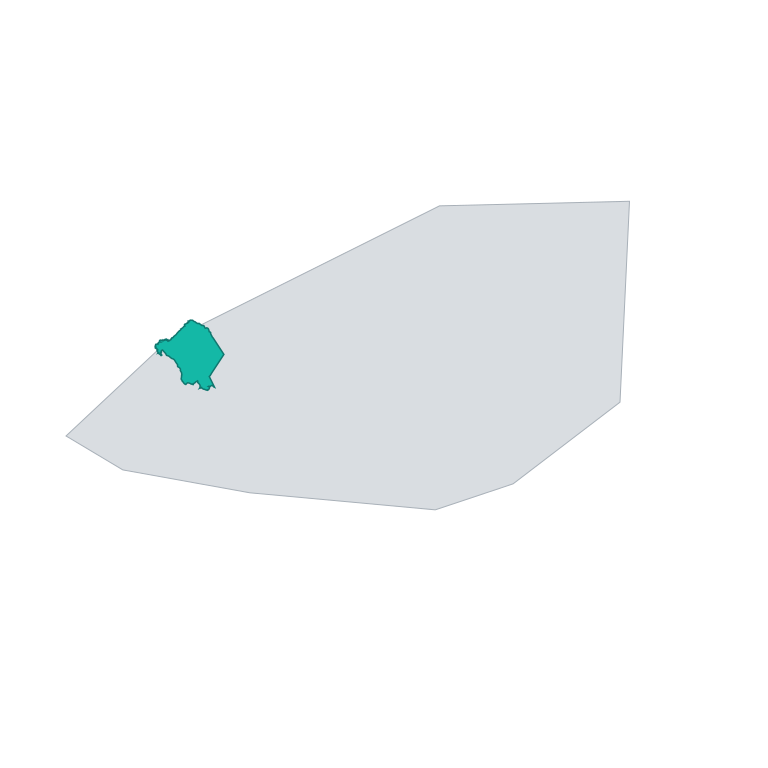 location of Des Barras, Dauphin, Saint Lucia, rotated 241°
{"feature_id": "8701671B86108661761319", "entity_name": "Des Barras", "entity_type": "district", "adm_level": 2, "iso_a3": "LCA", "parent_name": "Saint Lucia", "parent_adm1": "Dauphin", "projection": "mercator", "projection_center": [-60.902, 14.001], "detail": "fine", "context": "in_parent", "style": "filled", "palette": "teal", "viewbox_px": 768, "rotation_deg": 241, "n_neighbors": 0, "source": "geoboundaries", "source_scale": "gbopen_adm2", "svg_char_len": 5368}
<svg xmlns="http://www.w3.org/2000/svg" viewBox="0 0 768 768"><g transform="rotate(241 384 384)"><path d="M512.9,518.9L424.8,687.3L253.7,581.6L234.1,448.5L249.1,367.8L353.9,213.9L435.5,113.9L492.7,80.7L526.1,213.5L512.9,518.9Z" fill="#d9dde1" stroke="#a8b0b8" stroke-width="1"/><path d="M477.2,238.7L487.5,258.3L507.0,256.9L508.5,256.6L509.1,256.6L509.6,256.7L511.3,256.7L512.0,256.8L512.9,257.3L513.4,257.3L513.6,257.2L514.4,256.5L514.9,256.6L515.4,256.8L517.0,257.1L517.5,257.1L517.9,257.0L518.2,256.9L518.6,256.6L519.1,256.1L519.3,255.0L519.5,254.7L520.0,254.6L521.2,254.7L521.8,254.8L522.0,254.7L522.4,254.4L522.6,254.5L523.5,253.2L523.6,252.9L525.3,252.4L525.8,251.9L526.8,251.6L526.8,251.3L526.9,250.9L527.1,250.5L527.4,250.3L527.7,250.1L528.4,249.5L528.7,249.5L529.4,249.2L530.2,248.8L530.9,248.1L531.6,247.8L532.4,247.6L532.7,247.3L533.0,246.7L533.8,245.5L533.8,245.3L533.7,245.2L533.6,244.5L533.6,244.4L533.5,244.2L533.4,244.2L533.5,243.8L533.7,243.7L533.8,243.7L533.9,243.4L533.2,243.5L532.9,243.2L532.8,242.9L533.0,242.9L533.3,242.8L533.3,242.7L533.2,242.5L533.1,242.4L532.9,242.6L532.7,242.6L532.8,242.2L533.0,241.9L532.9,241.8L532.8,241.5L532.5,241.4L532.7,241.1L532.6,240.9L532.4,241.0L532.7,240.6L532.7,240.3L532.7,239.9L532.5,239.3L532.6,239.2L532.8,239.0L532.9,238.7L532.7,238.3L532.6,238.2L532.4,238.1L531.8,238.0L531.7,237.8L531.2,237.8L531.3,237.5L531.3,237.2L531.2,236.8L531.2,236.4L530.9,235.7L530.7,235.0L530.6,234.5L530.7,234.0L530.6,233.7L530.6,233.3L530.6,233.2L530.4,233.3L530.3,233.2L529.8,232.0L529.7,231.6L529.8,231.0L529.1,228.7L528.7,227.6L528.4,227.0L528.0,226.2L527.9,225.7L527.8,224.8L527.6,224.1L527.6,223.5L527.5,223.1L527.4,222.9L527.2,222.7L526.9,222.1L526.9,221.3L527.1,221.4L527.2,221.0L527.1,220.5L526.8,220.0L526.8,219.9L526.6,219.9L526.1,219.2L526.1,218.8L526.1,218.6L526.2,218.1L525.9,217.3L526.0,216.9L526.3,216.9L526.4,217.1L526.5,216.7L526.8,216.6L526.6,216.4L526.4,216.6L526.3,216.4L526.6,216.4L526.4,216.2L526.4,215.9L526.6,216.0L526.9,215.8L527.2,215.6L527.5,215.3L527.7,215.5L527.7,215.8L527.8,215.9L528.1,215.8L528.1,215.7L527.9,215.5L527.9,215.4L528.2,215.5L528.5,215.4L528.4,215.3L528.1,215.3L527.9,215.3L528.4,215.2L528.5,215.1L528.8,214.9L528.7,214.7L528.5,214.8L528.3,214.7L528.5,214.7L528.6,214.4L528.8,214.5L529.0,214.5L529.2,214.3L529.2,214.2L529.1,213.7L528.9,213.5L528.9,213.3L528.9,213.1L528.7,213.1L528.8,212.9L528.9,212.7L529.1,212.8L529.2,212.7L528.9,212.5L528.8,212.0L528.9,211.8L529.3,211.6L529.3,211.4L529.6,211.3L529.9,211.3L529.8,211.1L529.6,210.9L529.9,210.7L530.0,210.5L530.3,210.3L530.3,210.2L530.7,209.9L530.7,209.7L530.9,209.4L530.8,208.8L530.4,208.4L529.9,208.3L529.6,208.3L529.3,208.5L529.4,208.3L529.1,208.3L529.5,208.2L529.7,207.8L529.7,207.7L529.5,207.4L529.4,207.3L529.4,207.0L529.5,206.8L529.5,206.7L529.3,206.5L529.0,206.3L528.9,206.3L528.8,206.2L529.0,206.1L528.9,206.0L528.8,205.8L528.9,205.7L528.9,205.3L529.0,205.1L529.0,204.9L528.9,204.9L529.0,204.8L529.0,204.7L529.1,204.1L529.2,203.9L528.9,203.7L528.9,203.8L528.8,203.3L528.7,203.1L528.8,203.0L528.7,202.9L528.4,202.8L528.5,202.8L528.4,202.7L528.2,202.7L527.6,202.4L528.0,202.5L528.1,202.4L528.0,202.1L527.5,202.0L527.3,202.1L526.9,202.4L526.6,202.3L526.4,202.2L526.7,202.0L526.8,201.8L526.8,201.7L526.6,201.7L526.4,201.5L526.1,201.8L525.7,201.7L525.1,202.1L524.9,202.3L524.7,202.3L524.4,202.5L524.3,202.4L524.2,202.5L524.1,202.4L524.1,202.6L523.8,202.6L523.7,202.7L523.0,202.1L522.4,201.7L522.2,201.4L521.5,201.7L521.1,201.8L521.0,201.7L520.8,201.4L520.8,201.6L520.5,201.6L519.7,201.8L519.2,202.0L518.8,202.3L518.4,202.5L517.7,202.6L516.9,202.8L517.0,203.7L517.5,203.7L518.1,203.6L519.2,203.7L519.4,203.7L519.2,203.9L519.3,204.1L519.7,204.1L520.0,204.4L519.8,204.5L519.8,204.8L520.0,205.0L520.7,204.9L520.9,205.1L521.1,205.7L521.2,206.6L520.8,206.9L519.6,207.1L517.7,207.5L516.6,207.8L514.5,207.7L513.8,208.3L513.2,209.0L512.1,209.6L510.5,210.1L509.8,210.5L509.0,210.9L508.1,211.8L507.0,212.3L505.9,212.4L503.6,212.5L502.3,212.6L501.4,212.8L500.8,212.8L500.2,212.3L499.4,212.0L498.7,212.2L497.9,212.8L496.9,213.1L495.8,213.2L495.4,213.0L494.5,212.4L492.0,212.4L491.2,212.1L490.5,211.7L490.0,211.7L489.8,211.5L489.4,210.9L488.7,210.6L488.4,210.3L488.1,210.2L487.7,209.8L487.3,209.4L487.0,209.3L486.8,209.1L486.7,209.0L486.3,209.0L485.9,208.9L485.3,209.1L484.8,209.1L484.4,208.9L484.0,208.9L483.1,209.3L482.7,209.3L482.2,209.3L481.9,209.4L481.4,209.4L481.0,209.6L480.4,209.8L480.0,210.4L479.7,210.5L480.1,211.6L480.3,212.6L480.3,212.8L480.1,213.1L479.5,213.8L478.8,214.5L477.9,215.1L477.4,215.3L476.9,216.2L476.6,216.4L476.0,216.7L476.1,217.0L476.6,217.2L476.7,217.4L476.6,218.1L476.8,218.7L476.7,219.2L476.7,219.3L476.9,219.7L477.1,220.3L477.1,220.6L477.0,221.3L477.2,222.4L476.9,222.5L476.7,222.3L476.3,222.3L476.0,222.1L475.5,221.8L473.8,222.4L471.9,222.5L470.1,221.3L469.8,220.8L469.8,221.0L469.8,221.3L469.8,221.9L469.7,222.3L469.6,222.5L469.5,222.4L469.2,222.0L469.0,222.5L468.8,222.7L468.5,222.9L467.8,223.1L467.4,223.4L467.0,223.6L466.6,224.2L464.9,225.6L464.5,226.1L464.5,226.7L464.3,226.7L464.1,226.7L464.1,227.7L464.3,228.3L465.3,229.6L465.6,229.8L466.3,229.6L466.9,229.4L467.0,229.3L467.0,229.7L466.5,230.2L466.2,230.9L466.2,231.2L466.3,232.3L466.2,232.6L466.1,232.8L465.8,233.1L465.5,233.3L464.0,233.7L463.3,234.2L475.3,234.8L475.7,236.2L477.2,238.7Z" fill="#14b8a6" stroke="#0f766e" stroke-width="1.5"/></g></svg>